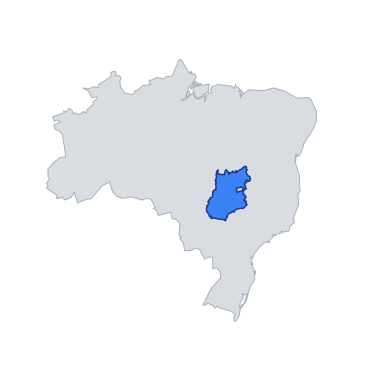 where Goiás sits in Brazil, rotated 346°
{"feature_id": "BRA-1294", "entity_name": "Goiás", "entity_type": "State", "adm_level": 1, "iso_a3": "BRA", "parent_name": "Brazil", "parent_adm1": "", "projection": "albers", "projection_center": [-49.017, -15.943], "detail": "fine", "context": "in_parent", "style": "filled", "palette": "blue", "viewbox_px": 384, "rotation_deg": 346, "n_neighbors": 0, "source": "natural_earth", "source_scale": "10m", "svg_char_len": 9015}
<svg xmlns="http://www.w3.org/2000/svg" viewBox="0 0 384 384"><g transform="rotate(346 192 192)"><path d="M97.3,86.8L101.5,89.6L106.3,87.7L108.0,89.6L110.5,86.5L117.0,83.1L118.3,80.2L122.5,78.4L122.7,76.6L117.7,76.4L115.9,69.1L111.3,64.8L117.2,66.7L122.3,66.2L126.1,68.3L127.0,65.4L139.7,61.1L142.4,58.5L142.1,56.3L146.0,56.0L147.2,57.0L146.2,60.8L149.6,61.6L150.9,64.6L148.7,67.0L148.0,73.2L150.8,79.5L157.0,82.9L159.5,82.3L160.7,80.1L163.0,80.5L169.7,76.8L178.4,77.6L177.0,74.9L178.3,73.1L180.0,73.8L185.6,72.3L192.1,75.4L194.7,73.7L200.8,74.8L211.9,60.1L213.7,61.6L217.6,74.9L219.6,77.0L223.3,78.1L223.8,81.5L217.4,88.0L213.6,90.2L208.5,99.1L203.5,100.5L208.8,100.7L216.5,96.1L218.0,101.8L220.2,103.5L228.2,101.5L225.8,108.0L228.9,102.8L232.6,99.8L234.4,100.7L235.3,99.8L234.5,97.4L237.0,94.6L243.3,94.0L256.6,99.1L257.5,101.6L259.4,99.9L262.5,101.9L263.3,104.1L261.6,105.5L262.3,106.3L264.0,104.9L264.4,106.3L262.8,107.7L261.7,112.1L263.9,110.3L265.5,107.1L265.7,109.4L271.7,106.6L285.5,110.8L296.6,110.8L307.2,117.3L316.2,126.2L327.9,128.5L330.0,131.7L332.2,144.0L330.5,151.9L325.5,159.6L312.3,172.1L312.4,171.1L309.7,177.0L305.6,182.1L303.7,182.8L302.5,180.4L301.3,181.5L299.4,187.1L300.1,203.5L297.4,212.8L297.6,216.5L294.0,220.3L292.7,229.7L284.3,241.3L283.8,246.7L279.0,248.7L276.6,253.2L270.6,253.1L269.3,251.4L268.8,253.3L259.4,253.5L259.8,255.0L253.8,258.7L250.5,258.6L244.5,261.6L237.1,267.2L235.7,269.9L234.4,268.9L233.9,270.1L232.2,269.6L234.4,271.2L232.7,272.9L232.1,275.9L233.4,282.4L231.8,292.1L225.7,297.6L218.2,310.8L211.2,316.7L211.0,314.8L216.0,312.3L220.4,305.1L220.5,303.8L217.5,304.6L215.8,302.3L216.7,304.6L215.9,307.3L211.6,311.7L210.2,315.2L210.7,317.1L207.5,323.8L203.0,328.0L202.0,327.4L201.9,324.1L204.4,321.1L200.3,316.5L191.2,311.4L188.4,308.6L185.9,310.2L185.6,308.1L180.4,303.7L178.0,305.0L175.4,304.4L186.0,291.4L187.3,291.4L187.0,290.2L199.0,282.3L200.0,275.9L197.6,271.4L193.7,271.5L195.9,260.6L193.3,259.0L188.1,260.2L185.2,248.9L180.8,247.1L177.6,248.6L170.6,247.3L171.3,239.8L168.8,233.9L170.8,232.5L168.9,230.9L172.7,219.8L170.2,214.9L166.3,213.0L166.3,206.2L153.8,206.7L153.0,201.1L150.5,198.5L152.6,198.3L150.5,189.1L146.4,187.2L141.5,187.7L132.2,182.2L122.7,181.2L118.4,178.2L115.2,173.2L114.3,162.3L106.1,164.4L92.5,174.2L88.1,173.5L78.2,174.9L77.8,163.7L73.3,168.0L66.7,169.0L64.9,165.6L58.9,165.6L60.3,162.4L51.8,153.2L53.6,151.2L53.0,148.4L57.0,144.8L56.0,142.3L57.7,135.1L64.8,130.0L72.1,126.8L78.2,127.1L80.2,105.1L78.0,100.6L74.5,98.3L74.2,93.4L80.8,92.2L79.3,89.6L75.3,89.9L74.9,85.5L87.3,84.2L87.0,82.4L89.1,83.9L92.9,81.0L95.2,83.6L95.8,87.2L97.3,86.8ZM221.2,90.3L235.0,91.6L231.7,99.1L229.2,99.3L228.8,100.6L226.7,100.0L224.6,101.9L219.4,101.9L217.5,98.1L218.8,97.2L217.2,95.8L218.3,91.4L221.2,90.3ZM209.6,99.6L211.6,94.1L213.8,93.3L213.7,96.7L209.6,99.6ZM225.0,87.7L223.7,89.7L220.5,89.2L221.0,87.9L225.0,87.7ZM220.3,85.5L219.8,89.6L218.4,89.2L220.3,85.5ZM227.2,90.3L225.2,90.5L224.3,90.2L226.7,88.9L227.2,90.3ZM218.2,90.5L216.2,91.8L215.4,91.1L216.8,89.9L218.2,90.5ZM221.9,86.8L221.0,86.0L222.6,85.1L222.7,85.9L221.9,86.8ZM220.8,76.2L219.6,76.4L219.3,74.9L220.4,74.8L220.8,76.2ZM233.8,286.4L233.4,285.1L234.3,283.9L234.5,284.2L233.8,286.4ZM254.9,258.2L255.2,259.7L253.9,259.3L254.9,258.2ZM233.2,276.9L232.6,276.1L233.5,275.2L233.7,275.6L233.2,276.9ZM263.6,109.4L262.7,111.0L263.6,108.7L263.6,109.4ZM303.0,183.0L301.7,183.4L302.6,182.2L303.0,183.0ZM262.8,254.2L261.5,254.6L261.2,254.3L262.0,253.7L262.8,254.2ZM300.7,185.8L300.2,186.7L299.9,186.1L300.7,185.8ZM260.1,98.6L260.2,99.4L259.8,99.3L260.1,98.6Z" fill="#d9dde1" stroke="#a8b0b8" stroke-width="1"/><path d="M249.9,180.1L250.8,180.8L251.0,181.0L250.9,181.2L250.3,181.7L250.1,182.5L250.2,182.9L250.8,183.2L250.9,183.3L250.9,183.5L250.8,183.9L250.5,184.1L250.1,184.3L249.9,184.7L249.4,186.1L249.4,186.8L249.5,187.6L249.8,188.5L250.1,189.1L250.4,189.9L250.9,190.2L251.2,190.8L251.8,191.1L251.7,191.6L251.5,191.9L251.5,192.3L251.5,192.6L251.8,193.0L251.8,193.7L251.7,193.9L251.4,194.3L251.1,194.8L250.9,194.9L250.7,195.2L250.3,195.2L249.9,195.3L249.7,195.1L249.2,195.1L249.0,194.6L248.7,194.2L247.8,193.7L247.7,193.6L247.3,194.1L247.2,194.3L247.2,194.5L247.4,194.7L247.2,195.1L247.4,195.3L247.4,195.5L247.4,195.9L247.4,196.0L247.1,196.2L246.9,196.2L246.1,195.8L245.9,195.7L245.4,195.8L245.1,195.9L245.0,196.1L244.8,197.3L245.0,197.4L245.3,197.9L245.3,198.0L245.0,198.4L244.8,198.6L244.7,198.8L244.7,199.6L244.9,199.8L245.1,199.8L245.3,200.8L245.4,201.2L245.4,201.9L244.8,202.1L244.4,202.2L244.0,202.2L243.7,202.4L243.3,202.2L243.1,202.7L242.7,203.0L242.4,203.0L242.1,203.1L242.1,203.3L241.9,203.9L242.0,204.4L242.0,204.6L241.8,205.0L241.5,205.5L241.2,205.7L241.1,206.4L241.2,206.6L241.4,206.9L241.8,207.0L242.4,207.5L242.6,208.1L242.7,208.5L242.8,208.8L243.1,209.4L243.1,209.8L242.8,209.9L242.6,210.1L242.7,210.5L242.4,210.7L242.2,211.0L241.9,211.1L241.8,211.4L241.7,211.5L241.4,211.7L241.3,211.9L241.3,212.1L241.1,212.3L240.8,212.3L240.7,212.3L240.5,212.7L240.5,213.2L240.6,213.4L240.9,213.7L241.0,213.7L241.4,213.5L241.6,213.6L241.8,213.7L242.0,213.8L242.3,214.1L242.3,214.4L242.3,214.7L242.1,214.9L241.9,215.2L241.7,215.9L241.7,216.3L241.9,216.7L242.0,216.9L242.0,217.0L242.2,217.6L241.8,217.7L241.7,217.9L241.5,218.0L241.4,218.1L241.2,218.2L241.2,218.3L240.3,218.6L240.2,218.7L239.6,219.4L237.8,220.3L237.1,220.2L236.9,220.1L236.4,220.0L236.1,219.8L235.5,219.6L234.8,219.6L233.1,219.5L231.7,219.6L230.8,219.4L230.3,219.7L229.4,220.1L229.1,220.4L228.0,221.6L227.9,221.6L227.7,221.5L227.4,221.1L227.2,220.7L226.7,220.9L225.1,221.5L224.8,221.6L224.4,221.5L223.6,221.5L222.9,221.8L221.7,222.1L220.6,223.4L220.3,223.8L220.4,224.4L220.3,224.6L220.2,224.7L220.0,225.1L219.7,225.2L219.3,225.1L219.1,225.2L219.0,225.4L218.7,225.6L218.6,225.9L218.2,226.2L218.0,226.4L217.9,226.9L217.8,227.1L218.0,227.6L217.8,227.8L217.5,227.6L217.4,227.5L217.2,227.7L216.7,226.9L216.2,226.4L215.7,226.4L215.4,226.2L214.9,226.2L214.0,225.5L213.3,225.3L213.0,225.3L212.6,225.3L211.2,224.7L210.7,224.3L209.7,224.0L209.5,223.6L208.6,223.1L208.4,223.1L207.9,223.1L207.7,223.1L207.1,222.5L206.8,222.3L205.9,222.5L205.4,222.4L205.0,222.4L204.2,222.2L204.1,221.9L204.3,221.3L204.8,220.5L204.9,220.3L204.8,220.1L203.9,219.8L203.4,220.1L203.1,219.9L202.9,219.7L202.9,219.4L203.0,218.0L202.9,217.5L202.5,216.6L202.2,215.8L202.0,215.5L201.6,214.9L201.5,214.7L201.5,214.2L201.6,213.9L201.7,213.4L201.8,213.0L201.9,212.8L201.8,212.2L202.1,211.8L202.2,211.4L202.6,210.8L202.7,210.7L202.9,210.5L202.9,210.3L202.8,210.1L203.0,209.4L203.0,209.2L203.3,208.9L204.4,208.3L205.0,207.6L205.1,207.2L205.6,206.8L205.7,206.0L205.3,205.8L205.2,205.7L205.2,205.4L205.3,205.1L205.6,204.9L206.1,204.7L206.2,204.2L206.8,203.7L207.4,203.3L207.6,203.3L207.7,202.8L208.0,202.5L208.1,202.3L208.2,202.2L208.7,202.1L209.6,202.0L210.0,201.6L210.4,201.5L210.6,201.5L210.7,201.4L210.8,201.2L211.0,200.9L211.4,200.1L211.4,199.9L211.2,199.6L211.3,199.5L211.5,199.5L211.8,199.1L211.9,198.6L212.0,198.3L212.0,198.0L212.0,197.8L212.2,197.6L212.1,197.2L212.5,196.8L212.7,196.7L213.1,196.1L213.5,195.9L213.8,195.7L214.2,195.5L214.4,195.4L214.5,195.5L214.8,195.8L215.4,195.5L215.6,195.3L215.7,195.0L216.0,194.9L216.0,194.4L216.2,193.8L216.4,193.2L216.6,193.0L216.8,192.2L216.6,191.4L216.8,190.8L216.8,190.5L216.9,190.2L217.2,189.6L217.1,189.4L217.5,189.3L217.7,189.1L217.7,188.9L217.5,188.2L217.6,187.9L217.7,187.5L217.6,187.2L217.6,186.8L217.5,186.4L217.8,186.3L218.0,186.2L218.2,185.6L218.3,185.1L218.9,184.4L218.9,184.0L219.3,183.5L219.5,182.9L219.5,182.7L219.5,182.2L219.4,181.8L219.7,181.7L219.6,181.4L219.9,181.2L220.0,181.0L220.2,180.4L220.1,180.2L220.2,179.9L220.4,179.2L220.6,179.0L220.7,178.5L221.0,178.2L221.2,177.9L222.4,177.0L222.6,177.1L222.6,177.3L222.6,177.5L222.1,178.1L222.1,178.8L221.7,179.5L221.6,180.5L223.1,181.4L223.6,181.4L223.7,181.5L224.1,181.8L225.7,182.5L226.5,182.6L227.7,183.1L227.8,183.0L227.9,182.9L228.0,182.2L228.4,181.3L229.5,179.4L230.0,179.0L230.4,178.8L230.4,179.2L230.4,179.4L231.0,179.7L231.5,180.1L231.7,180.4L231.9,180.8L231.8,181.3L232.1,182.0L232.1,182.8L232.0,183.3L232.0,183.6L232.1,183.9L232.2,184.0L232.5,183.8L232.7,183.7L232.8,182.6L233.0,182.4L233.3,182.4L234.1,182.7L234.8,182.6L235.2,182.5L235.9,182.0L236.3,181.7L236.4,181.8L236.5,181.8L236.3,182.3L236.2,182.5L236.3,182.6L236.6,182.6L236.9,182.7L237.6,183.1L237.8,183.0L238.4,183.4L239.8,183.8L239.8,183.7L239.4,182.5L239.5,182.3L239.8,182.0L240.1,182.3L240.3,182.6L240.3,182.8L240.6,183.1L240.6,183.4L240.9,183.1L241.3,183.1L242.1,182.7L242.4,182.7L243.8,182.0L244.6,181.8L245.3,181.9L246.0,181.7L246.9,180.8L247.3,180.6L248.0,180.4L248.3,180.3L249.0,180.3L249.3,180.2L249.8,179.9L249.9,180.1ZM242.1,203.0L241.8,202.8L241.8,202.6L241.8,202.2L241.8,201.8L242.1,201.1L242.1,200.7L242.1,200.4L242.1,199.9L241.4,199.5L241.4,199.4L241.3,199.2L236.1,199.1L235.9,200.0L235.8,200.3L235.7,200.6L235.8,200.7L236.0,200.9L235.8,201.3L235.4,201.5L235.6,202.3L235.7,202.5L235.6,203.0L236.1,203.0L242.1,203.1L242.1,203.0Z" fill="#3b82f6" stroke="#1e3a8a" stroke-width="1.5"/></g></svg>